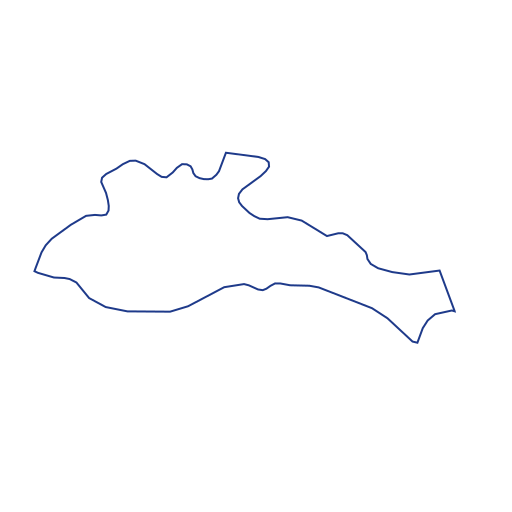 Boumerdès, Mercator projection, rotated 198°
{"feature_id": "DZA-2196", "entity_name": "Boumerdès", "entity_type": "Province", "adm_level": 1, "iso_a3": "DZA", "parent_name": "Algeria", "parent_adm1": "", "projection": "mercator", "projection_center": [3.676, 36.757], "detail": "fine", "context": "isolated", "style": "outline", "palette": "blue", "viewbox_px": 512, "rotation_deg": 198, "n_neighbors": 0, "source": "natural_earth", "source_scale": "10m", "svg_char_len": 1380}
<svg xmlns="http://www.w3.org/2000/svg" viewBox="0 0 512 512"><g transform="rotate(198 256 256)"><path d="M50.0,264.8L52.9,264.7L67.7,256.0L72.8,247.7L75.1,238.9L75.7,223.4L80.7,223.0L111.7,237.4L129.5,242.2L186.7,245.5L196.1,244.2L214.5,238.7L224.3,237.4L229.4,235.8L233.0,232.1L236.0,228.1L239.0,225.6L243.7,224.8L253.8,225.9L258.7,225.6L276.6,216.5L305.1,187.2L320.5,176.5L361.2,163.6L383.2,161.0L401.7,164.4L418.6,175.3L426.1,176.5L431.3,175.9L441.5,173.1L458.2,172.6L462.0,173.1L461.9,176.3L461.1,193.2L459.3,201.2L455.6,209.3L441.8,228.4L430.0,241.7L421.9,245.3L415.6,246.8L411.2,249.1L410.3,253.7L411.5,258.1L414.1,263.3L418.1,269.6L426.1,278.6L426.6,282.9L423.8,287.7L415.7,296.0L411.0,302.2L405.4,307.5L399.9,309.5L390.4,308.9L375.4,303.4L370.2,302.1L365.4,303.2L361.0,309.7L358.5,315.4L354.7,320.5L350.1,321.8L345.9,321.1L343.3,318.7L341.2,315.5L338.1,313.2L333.8,312.6L329.4,313.0L325.3,314.2L321.8,316.0L318.8,321.0L317.4,325.2L316.5,344.9L284.4,350.9L277.3,351.0L272.9,349.1L271.2,345.0L272.8,339.8L276.3,333.4L289.5,315.2L291.4,309.8L290.9,305.4L288.6,301.9L284.7,299.2L275.5,294.9L270.0,293.4L264.0,292.6L256.3,294.6L237.9,302.7L223.5,303.8L194.7,296.9L184.7,303.1L180.5,304.4L175.6,304.0L153.0,293.6L150.8,291.0L149.1,287.6L144.4,283.9L136.1,282.1L121.5,282.8L104.4,285.8L76.9,298.9L50.4,265.4L50.0,264.8Z" fill="none" stroke="#1e3a8a" stroke-width="2"/></g></svg>